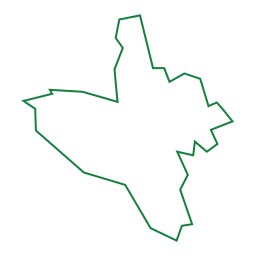 the district of Torit, Eastern Equatoria, South Sudan
{"feature_id": "79223893B91619257593054", "entity_name": "Torit", "entity_type": "district", "adm_level": 2, "iso_a3": "SSD", "parent_name": "South Sudan", "parent_adm1": "Eastern Equatoria", "projection": "orthographic", "projection_center": [32.622, 4.383], "detail": "fine", "context": "isolated", "style": "outline", "palette": "green", "viewbox_px": 256, "rotation_deg": 0, "n_neighbors": 0, "source": "geoboundaries", "source_scale": "gbopen_adm2", "svg_char_len": 538}
<svg xmlns="http://www.w3.org/2000/svg" viewBox="0 0 256 256"><path d="M35.9,130.5L83.8,172.5L125.2,184.9L150.6,228.2L176.6,240.6L181.9,225.8L192.1,224.2L180.2,189.7L187.8,174.8L177.2,151.7L193.2,155.3L194.9,141.6L206.8,151.7L217.4,144.0L210.9,129.8L232.5,121.4L222.1,108.4L216.8,102.5L208.5,106.1L200.2,78.8L184.3,73.5L169.5,81.8L164.2,68.1L153.0,68.1L140.0,15.4L119.3,19.5L115.7,37.9L122.8,48.0L114.5,69.3L117.5,101.9L82.6,91.8L49.9,89.8L52.1,93.8L23.5,100.9L35.2,108.8L35.9,130.5Z" fill="none" stroke="#15803d" stroke-width="2"/></svg>